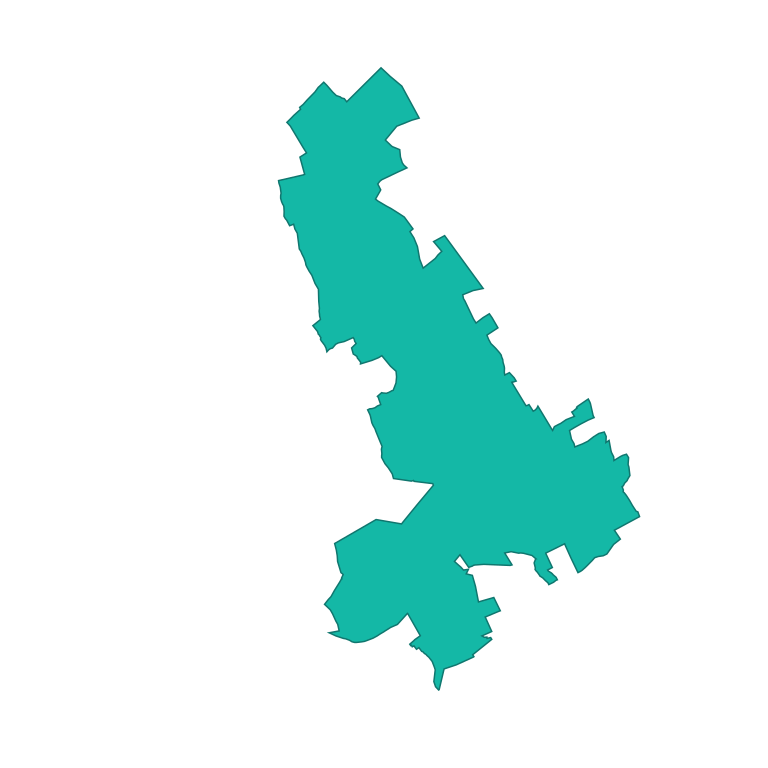 outline of Hoctún, Yucatán, Mexico, rotated 233°
{"feature_id": "50627088B43977727646582", "entity_name": "Hoctún", "entity_type": "district", "adm_level": 2, "iso_a3": "MEX", "parent_name": "Mexico", "parent_adm1": "Yucatán", "projection": "albers", "projection_center": [-89.168, 20.886], "detail": "fine", "context": "isolated", "style": "filled", "palette": "teal", "viewbox_px": 768, "rotation_deg": 233, "n_neighbors": 0, "source": "geoboundaries", "source_scale": "gbopen_adm2", "svg_char_len": 5511}
<svg xmlns="http://www.w3.org/2000/svg" viewBox="0 0 768 768"><g transform="rotate(233 384 384)"><path d="M638.3,571.9L631.8,524.1L635.8,524.0L637.9,522.3L639.7,521.8L643.0,519.5L647.9,518.7L657.1,518.1L661.3,517.5L660.6,511.7L660.5,510.1L658.8,504.6L657.1,493.6L655.9,487.7L655.7,483.1L653.6,482.7L653.3,479.2L652.8,473.6L652.1,469.2L651.4,463.9L646.5,464.4L621.3,461.7L615.2,461.2L615.8,453.4L599.2,446.8L599.6,445.3L609.9,422.2L607.7,421.0L603.6,419.6L598.3,416.6L596.6,414.8L594.5,413.2L591.4,412.0L588.6,411.3L587.2,411.2L585.8,410.7L581.8,408.0L578.2,405.1L575.3,404.7L573.5,404.9L567.2,403.9L566.0,408.0L561.3,406.1L556.6,405.5L542.8,397.6L540.2,397.5L537.1,396.7L532.7,395.9L528.4,394.5L526.1,393.3L523.8,392.8L519.0,392.1L514.2,391.8L505.7,389.4L499.2,388.7L489.5,381.8L483.2,377.9L481.2,376.0L478.7,374.6L476.9,373.4L473.9,372.2L473.7,371.2L473.4,362.3L465.9,362.5L463.2,361.5L462.1,361.8L460.4,361.5L459.0,361.5L458.0,360.2L456.5,359.9L453.3,359.9L450.7,359.9L447.5,359.3L444.1,357.8L444.6,360.3L444.5,362.4L443.7,364.5L444.8,369.3L444.3,372.3L441.9,377.6L441.3,380.1L439.6,387.3L437.8,387.2L435.7,386.3L433.1,386.1L432.3,379.8L426.4,377.5L425.8,377.8L422.3,379.0L420.9,378.4L415.5,378.5L414.2,377.3L410.1,388.6L408.3,395.5L407.9,399.3L394.2,399.9L386.9,401.3L382.1,398.3L377.6,394.2L373.4,387.5L373.9,386.2L374.4,382.8L375.2,380.2L376.1,379.3L377.6,377.6L378.5,376.9L378.1,371.3L376.7,371.4L374.9,370.7L369.5,369.0L370.4,365.6L370.5,362.4L371.5,359.7L372.8,357.6L373.2,355.4L367.9,354.3L366.5,353.8L361.1,351.3L360.1,350.9L357.4,350.3L353.8,349.9L351.0,349.0L343.1,346.9L335.3,344.9L333.5,342.7L330.0,340.6L329.0,339.8L328.2,339.0L328.1,338.9L327.9,338.8L326.8,337.9L319.7,336.8L314.5,337.0L307.3,336.5L302.8,334.7L290.0,347.4L289.2,349.5L288.2,349.4L275.1,363.0L273.4,362.5L267.6,337.6L262.3,316.0L261.7,313.8L280.5,296.1L286.3,248.6L280.1,246.0L275.0,243.3L270.1,240.1L259.2,236.1L257.5,236.6L256.4,236.7L254.5,233.2L253.7,233.1L253.7,232.2L252.5,229.5L248.9,220.1L246.1,213.8L245.4,209.8L243.8,203.9L236.0,205.2L231.3,204.6L223.7,202.9L219.9,202.4L213.8,199.6L218.3,190.5L211.7,194.0L205.2,198.5L203.5,200.1L200.0,202.3L197.4,203.3L195.3,205.0L194.1,206.6L191.5,211.0L190.2,213.5L189.4,216.0L187.6,222.3L186.9,227.0L186.8,229.1L186.6,231.5L186.2,234.8L186.2,235.5L185.7,241.6L185.6,242.8L183.9,250.1L186.7,264.7L186.4,264.8L166.4,262.2L161.1,261.5L161.3,254.5L161.1,253.7L161.0,252.3L160.7,248.0L159.0,247.9L158.9,248.6L157.1,248.4L156.8,250.3L152.6,250.3L152.4,253.2L147.8,253.2L146.8,253.9L144.4,254.1L142.9,254.8L141.2,254.9L138.8,255.4L133.4,255.5L127.5,253.8L124.9,252.9L116.3,244.7L111.2,243.0L106.7,243.5L106.7,244.1L120.3,260.5L116.2,272.7L112.1,291.2L112.1,291.7L114.4,291.9L115.2,316.4L117.3,316.6L118.8,313.2L119.9,313.9L121.3,311.7L123.9,310.6L121.9,319.3L121.5,321.1L137.0,324.6L133.3,339.1L132.9,340.4L147.4,343.2L153.1,328.3L167.4,335.3L178.0,339.4L182.9,335.4L185.2,339.9L187.6,335.5L191.4,335.2L195.1,334.4L199.9,333.5L201.9,341.9L186.6,341.3L185.4,345.0L185.3,346.5L184.6,347.9L179.9,355.2L163.1,375.7L162.5,377.4L176.4,378.7L173.6,384.6L167.9,389.7L166.8,391.5L164.9,393.5L158.0,399.0L153.0,400.1L153.1,399.9L151.7,397.7L151.0,396.5L150.5,396.1L146.1,394.2L144.9,393.0L142.5,393.0L141.7,393.2L137.8,393.1L136.9,392.9L133.7,394.1L129.8,394.6L126.6,395.3L124.6,394.9L123.6,400.1L123.7,403.2L123.3,404.6L126.1,405.1L129.7,404.3L131.2,404.2L132.6,403.9L135.8,402.6L137.0,402.7L136.1,408.0L151.1,411.2L151.6,411.4L148.9,425.7L147.9,431.0L147.7,432.1L147.1,431.9L132.1,428.5L116.6,425.4L116.1,428.2L116.0,430.3L116.1,431.3L116.3,434.0L116.7,437.1L117.7,443.8L117.7,444.0L118.5,447.7L117.3,451.3L114.9,455.7L114.1,459.7L117.7,470.8L117.9,479.4L128.6,480.0L124.3,508.3L129.1,509.8L130.7,508.8L137.6,509.3L142.8,510.0L145.0,510.2L149.6,510.5L152.7,510.4L154.0,510.1L155.3,511.4L155.5,511.4L158.1,512.2L158.7,512.3L158.7,513.9L160.0,516.5L160.5,519.9L161.5,521.8L162.9,525.3L170.3,529.6L172.8,530.5L178.0,535.0L182.0,535.4L183.3,531.8L183.8,529.1L184.5,521.6L187.6,523.6L192.5,524.5L194.5,525.3L203.5,529.8L203.7,526.0L208.4,529.9L213.1,531.0L215.2,525.8L215.7,519.8L215.7,519.1L215.6,512.3L216.7,506.5L218.0,501.9L218.9,498.5L222.1,499.9L227.1,500.5L235.2,504.2L234.6,509.9L233.6,517.5L232.3,525.3L230.7,531.6L232.9,532.0L244.2,537.1L245.6,537.5L249.1,538.1L249.7,524.9L249.5,523.8L248.6,523.7L248.6,521.9L248.4,519.0L248.6,517.1L243.5,516.6L244.6,512.7L245.9,508.0L246.2,501.1L246.6,499.5L247.4,494.4L245.4,490.7L245.9,490.7L246.1,490.8L246.3,490.8L246.9,490.8L273.7,493.6L272.6,491.4L272.2,489.1L272.5,486.8L280.3,487.4L280.6,485.7L281.2,484.3L306.2,486.8L308.5,487.1L308.3,487.7L307.8,488.4L306.8,491.3L310.6,491.7L317.6,491.0L318.5,485.9L320.9,487.1L324.2,489.8L325.9,490.7L329.6,492.1L332.2,493.6L334.7,494.2L336.5,495.0L339.0,495.1L341.0,495.0L345.1,494.7L347.4,494.4L351.9,493.7L356.6,494.4L361.1,495.6L360.3,508.8L371.8,510.2L376.7,510.4L377.4,503.0L377.3,494.2L382.1,494.6L401.7,498.6L404.2,498.8L407.9,500.6L405.0,511.4L400.6,520.7L466.0,521.7L467.9,509.3L460.4,509.7L455.2,510.0L454.6,504.8L453.4,500.5L453.0,485.0L462.2,487.6L473.6,493.4L482.7,495.8L490.1,496.4L490.4,500.5L505.1,500.7L509.9,499.0L519.7,495.3L524.7,493.0L533.7,489.3L536.8,488.5L540.3,496.7L541.0,498.2L547.5,499.4L548.4,502.6L548.5,505.1L544.9,522.8L542.8,532.4L546.8,531.6L549.6,531.7L555.3,533.7L561.7,537.6L568.6,533.5L569.7,533.2L577.1,532.0L578.0,531.9L578.3,532.9L582.2,549.3L577.9,565.1L575.2,572.1L611.2,577.5L626.3,574.0L638.3,571.9Z" fill="#14b8a6" stroke="#0f766e" stroke-width="1.5"/></g></svg>